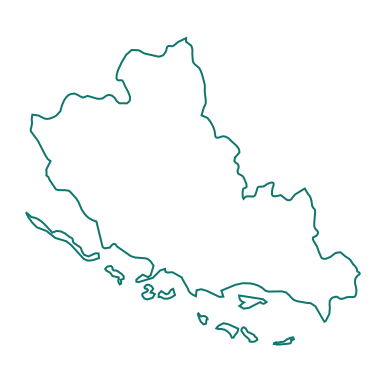 outline of Villa Clara, rotated 179°
{"feature_id": "CUB-1431", "entity_name": "Villa Clara", "entity_type": "Province", "adm_level": 1, "iso_a3": "CUB", "parent_name": "Cuba", "parent_adm1": "", "projection": "mercator", "projection_center": [-80.068, 22.547], "detail": "fine", "context": "isolated", "style": "outline", "palette": "teal", "viewbox_px": 384, "rotation_deg": 179, "n_neighbors": 0, "source": "natural_earth", "source_scale": "10m", "svg_char_len": 5904}
<svg xmlns="http://www.w3.org/2000/svg" viewBox="0 0 384 384"><g transform="rotate(179 192 192)"><path d="M62.0,60.0L70.5,75.4L75.3,78.8L79.1,79.1L88.5,80.9L92.1,82.3L94.3,84.4L96.8,87.3L99.8,90.0L104.1,91.1L117.3,91.1L120.2,92.0L123.7,95.1L127.5,97.3L131.4,98.7L135.4,99.6L143.1,99.9L150.3,98.4L164.3,92.9L162.5,86.8L166.5,86.7L178.9,92.9L184.4,94.6L189.1,93.7L190.0,87.7L192.5,89.0L195.1,90.8L197.0,93.0L197.8,95.5L203.1,105.1L203.6,106.7L212.5,111.9L213.8,112.1L217.9,111.9L219.6,112.5L220.2,113.8L220.3,115.6L225.2,114.1L232.8,106.8L247.2,102.8L249.2,103.3L249.2,105.2L247.0,107.2L242.7,110.2L237.3,107.6L234.7,109.7L231.7,118.9L234.2,122.8L235.7,124.5L237.9,126.0L240.4,126.6L250.0,127.5L254.2,128.9L267.9,138.8L269.5,141.1L270.9,141.6L272.2,141.0L273.6,139.7L274.7,138.5L274.9,137.9L280.3,137.2L282.3,138.5L288.1,164.2L291.7,165.5L294.5,167.0L297.1,169.0L299.7,171.9L302.4,176.0L305.6,183.8L307.8,187.5L313.7,194.2L315.0,195.4L318.5,196.0L325.3,196.2L327.9,196.9L334.2,206.6L335.4,209.5L337.3,211.1L337.1,211.4L337.2,217.2L332.9,225.3L335.6,227.4L337.6,230.6L345.4,246.3L352.1,255.5L352.2,257.4L351.3,260.5L350.7,263.6L351.0,267.6L350.3,272.1L344.2,271.2L338.4,268.1L336.1,267.6L333.3,267.8L329.1,269.3L326.3,270.8L322.2,275.1L320.9,279.6L319.7,282.8L318.0,286.3L316.0,289.0L313.9,291.0L311.3,292.1L308.0,292.5L304.6,291.1L302.6,289.8L299.4,288.3L294.7,289.9L285.1,286.9L282.9,286.8L279.8,287.1L276.5,289.4L274.8,290.3L272.8,290.4L270.3,289.8L267.9,287.7L266.7,285.9L265.8,284.3L263.1,282.0L255.4,281.8L252.8,284.1L252.4,285.9L252.4,288.5L253.9,292.8L257.3,299.5L258.4,302.4L259.2,304.0L260.0,304.8L261.0,305.0L263.5,304.9L264.6,305.4L265.5,306.8L265.3,310.1L264.0,314.8L260.2,322.6L255.6,330.1L249.8,335.1L242.8,334.6L239.5,332.8L238.3,331.9L236.6,331.2L223.0,327.9L220.8,328.3L218.4,329.3L216.1,332.2L215.2,334.2L214.7,336.4L214.1,337.7L212.9,338.4L209.4,338.1L207.8,338.6L203.5,342.1L195.2,346.0L195.4,342.6L195.0,342.1L190.3,338.4L189.5,336.3L189.1,333.9L189.3,330.1L188.9,323.4L188.3,321.3L187.0,319.6L182.7,315.9L181.1,312.8L179.9,309.4L177.4,299.4L177.3,297.2L177.5,292.2L176.6,282.5L176.8,280.2L177.7,278.1L178.6,276.6L181.1,268.5L175.3,265.8L172.4,262.0L170.3,258.2L169.1,255.3L168.4,253.0L167.7,247.4L167.3,246.5L166.7,246.0L165.7,245.8L164.5,245.9L161.0,247.0L159.4,247.1L157.7,246.8L154.8,245.3L146.3,237.0L144.9,235.0L144.1,233.3L143.9,230.6L148.4,225.7L149.1,222.4L148.5,221.3L147.6,220.3L146.0,219.4L145.0,217.6L144.9,216.2L145.3,214.4L146.2,212.2L145.5,209.6L141.0,207.0L140.2,205.8L137.6,199.6L137.3,197.4L137.4,196.1L138.1,195.5L140.5,194.5L141.0,193.3L141.4,191.1L141.4,186.6L141.0,185.0L140.5,184.2L138.9,186.0L138.2,186.4L136.8,186.7L135.3,186.7L132.0,186.4L130.6,186.4L129.8,186.8L129.0,187.7L128.2,189.4L126.4,195.0L125.9,195.7L125.2,196.1L120.8,196.2L119.7,196.6L117.1,198.4L115.6,199.1L113.0,200.0L111.7,200.1L110.7,199.7L110.3,199.2L110.2,198.5L110.3,197.4L111.5,194.0L111.9,191.6L112.1,187.9L111.0,186.6L109.0,186.2L103.2,187.3L97.6,182.7L96.4,182.2L94.4,182.1L93.3,182.7L92.4,183.5L91.8,184.5L88.9,187.8L79.2,193.5L75.8,187.6L74.4,186.0L73.3,183.5L72.7,180.9L72.1,176.0L71.0,174.0L69.9,172.8L69.4,171.7L69.2,169.9L70.4,158.0L70.3,155.8L69.9,154.1L68.8,152.4L67.1,150.6L66.7,149.5L67.0,148.0L68.3,146.1L71.7,144.4L72.0,143.1L71.4,141.2L67.9,135.1L66.2,129.9L64.0,124.6L63.3,123.6L61.6,122.9L59.3,122.9L54.7,124.7L50.1,128.1L48.4,128.8L44.6,129.1L39.9,125.0L36.0,122.4L35.0,121.5L32.2,117.0L29.8,114.4L29.0,113.1L28.5,112.0L28.3,110.3L27.8,109.5L26.1,108.4L25.7,107.6L26.0,106.7L27.6,105.7L28.8,104.5L30.1,102.7L30.7,99.0L30.4,96.9L29.5,93.1L29.4,90.2L29.5,88.2L30.2,85.8L31.0,84.7L32.2,84.1L38.0,84.2L39.0,84.1L42.3,82.9L44.7,82.5L45.6,82.7L46.5,83.1L48.6,84.6L49.6,84.8L51.0,84.6L53.4,83.9L55.0,82.5L56.2,80.5L56.4,76.3L56.2,73.7L56.8,67.8L60.6,60.6L62.0,60.0ZM353.0,169.8L349.0,168.8L346.9,167.8L343.8,165.8L340.3,162.7L332.4,153.8L328.2,155.4L323.9,154.9L319.9,152.9L314.6,148.8L313.1,148.2L312.2,147.1L311.8,144.2L311.0,143.2L307.3,140.4L306.2,139.8L304.2,138.2L303.0,134.6L301.0,131.1L296.6,129.4L289.6,132.4L286.5,132.2L286.1,127.5L292.8,125.5L297.5,125.2L301.4,127.0L313.6,140.9L318.6,145.0L329.4,148.4L338.2,155.6L347.7,159.4L352.4,164.3L356.2,170.0L358.3,174.6L353.0,169.8ZM125.8,80.7L137.2,75.1L142.4,74.5L146.6,77.2L145.4,78.0L143.1,80.0L141.9,80.7L144.1,81.7L145.6,83.2L146.4,85.2L146.6,87.7L123.0,83.6L119.4,80.7L120.9,79.6L122.2,79.0L123.8,79.3L125.8,80.7ZM154.7,45.7L156.2,49.0L158.7,51.8L161.8,53.8L165.1,54.5L168.8,54.7L170.1,55.2L169.4,56.2L167.5,58.0L162.8,60.2L158.1,59.2L148.2,54.5L148.7,51.9L149.9,50.0L151.5,48.2L153.0,45.7L154.7,45.7ZM275.6,113.0L278.9,114.8L280.2,116.6L278.0,118.9L274.4,119.5L272.8,117.9L272.8,116.1L272.1,115.3L271.2,114.8L269.9,114.9L268.3,114.5L263.8,111.3L261.7,108.8L261.9,106.3L264.9,105.5L264.4,103.9L264.5,101.7L265.8,100.9L267.4,103.7L266.7,107.8L268.3,108.3L272.9,109.3L274.3,111.5L275.6,113.0ZM241.4,86.3L243.3,88.9L243.6,90.7L242.2,91.9L239.4,92.8L237.7,94.6L238.8,96.0L240.8,96.4L241.2,97.8L239.4,99.7L236.7,100.1L234.0,98.4L232.5,96.1L233.2,94.6L234.7,93.4L235.2,92.1L233.1,91.8L230.9,90.6L233.3,86.8L238.6,85.4L241.4,86.3ZM142.1,48.0L145.1,52.5L144.8,54.1L143.6,55.6L142.2,55.7L140.7,54.6L138.6,50.9L136.7,50.3L132.2,47.8L131.8,46.7L131.4,46.1L129.9,45.1L129.3,43.1L131.5,41.6L133.3,41.2L135.0,41.1L137.1,41.7L137.0,43.1L138.7,44.9L142.1,48.0ZM225.3,87.7L227.2,87.5L227.0,90.9L224.5,93.4L219.6,90.2L217.3,90.9L214.9,94.3L212.6,95.5L210.8,89.2L214.1,87.2L217.8,85.8L221.6,85.8L225.3,87.7ZM106.9,38.0L109.6,38.0L112.8,38.6L112.4,39.7L110.5,40.2L108.6,40.0L102.6,40.8L100.4,42.6L96.8,44.2L93.6,45.0L93.2,44.6L92.7,42.9L93.6,42.4L95.6,42.6L95.3,40.4L96.4,39.0L99.8,38.5L106.9,38.0ZM185.7,62.5L187.3,66.5L188.3,69.9L187.6,70.5L186.3,68.6L185.2,67.4L182.7,67.8L180.8,67.5L179.5,66.4L178.6,65.0L178.7,64.4L179.5,64.6L179.9,63.2L180.3,60.1L182.8,59.5L185.7,62.5Z" fill="none" stroke="#0f766e" stroke-width="2"/></g></svg>